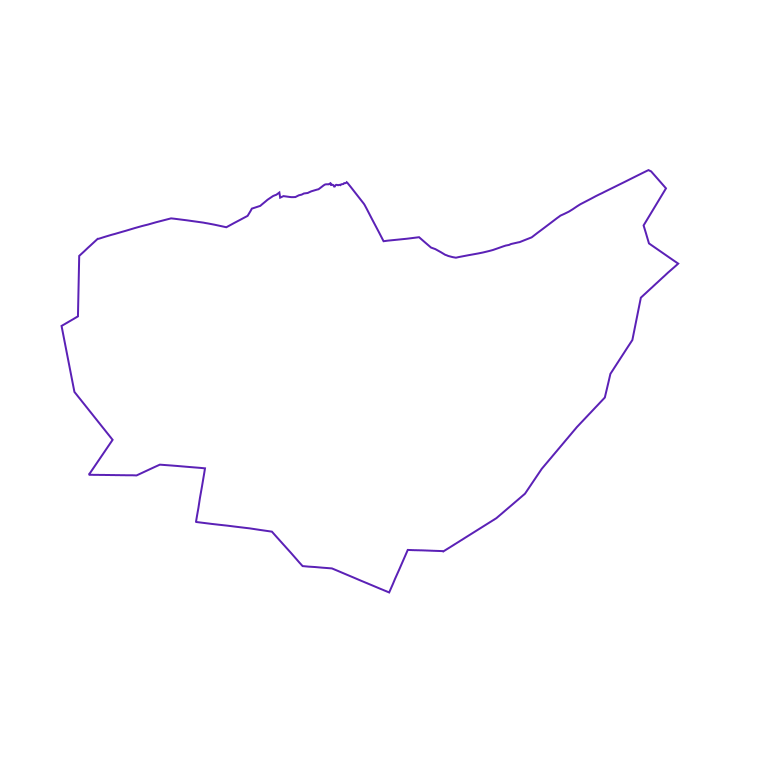 outline of Bayanzu'rx, Ulaanbaatar, Mongolia, rotated 81°
{"feature_id": "93677404B78572073396815", "entity_name": "Bayanzu'rx", "entity_type": "district", "adm_level": 2, "iso_a3": "MNG", "parent_name": "Mongolia", "parent_adm1": "Ulaanbaatar", "projection": "albers", "projection_center": [107.069, 47.965], "detail": "fine", "context": "isolated", "style": "outline", "palette": "violet", "viewbox_px": 768, "rotation_deg": 81, "n_neighbors": 0, "source": "geoboundaries", "source_scale": "gbopen_adm2", "svg_char_len": 3342}
<svg xmlns="http://www.w3.org/2000/svg" viewBox="0 0 768 768"><g transform="rotate(81 384 384)"><path d="M214.1,89.4L215.5,93.9L217.6,100.6L219.9,107.9L222.0,114.5L224.2,121.6L225.3,125.1L226.9,130.3L228.8,136.4L229.5,138.5L230.4,141.6L231.6,145.4L233.5,150.9L234.8,154.8L236.5,159.9L237.2,162.0L238.7,165.5L240.9,170.2L242.7,174.5L244.2,179.4L245.3,183.4L246.0,184.7L247.2,187.1L250.8,193.8L255.5,202.6L258.6,208.5L262.2,215.1L262.3,215.4L264.0,223.1L265.1,227.9L265.1,229.0L265.6,236.5L265.7,237.0L266.2,238.8L266.3,242.0L266.7,244.6L267.9,251.1L268.7,255.6L269.1,259.5L269.6,265.8L269.8,270.6L270.0,280.1L270.3,289.9L270.5,293.2L269.4,296.4L267.6,300.5L266.6,302.1L266.0,303.3L262.8,307.1L258.8,312.2L256.6,316.2L250.6,321.3L244.5,326.4L244.2,335.6L244.1,338.6L243.6,347.5L243.4,350.9L243.0,357.8L242.9,362.1L233.5,365.2L223.5,368.6L219.7,369.9L208.5,373.6L204.2,375.1L202.8,375.7L200.3,377.1L189.3,383.2L184.4,385.9L179.4,388.8L178.9,389.3L179.3,389.6L179.6,390.7L179.4,391.9L180.1,392.8L180.1,394.4L180.1,395.1L180.8,395.9L180.3,397.0L180.5,398.3L180.1,399.0L179.8,400.1L180.2,400.9L181.2,401.7L181.2,402.3L179.6,403.0L179.2,403.7L179.2,405.2L178.8,405.5L178.0,405.0L177.3,405.5L177.6,406.0L178.1,407.7L177.8,409.1L177.7,410.8L178.0,411.7L178.5,412.8L179.6,414.8L181.4,418.2L181.5,419.6L182.3,425.6L183.0,428.2L183.4,429.4L183.3,433.3L184.1,435.8L184.1,436.2L184.3,438.6L185.5,442.3L185.4,442.9L185.2,444.7L184.8,446.9L182.7,453.9L183.7,457.4L178.5,457.4L178.7,457.8L179.2,458.7L179.9,460.1L180.2,460.6L180.6,462.6L181.0,464.2L183.0,468.5L183.8,470.2L185.2,472.5L187.8,476.9L188.7,478.3L189.1,480.8L189.7,484.5L190.1,487.1L192.2,488.7L196.6,492.4L198.0,496.5L199.4,500.5L201.5,506.7L203.5,512.3L204.5,515.2L204.2,516.0L201.3,523.5L200.1,526.6L197.8,533.0L197.0,535.4L196.4,537.0L193.6,546.2L191.4,553.4L189.4,560.3L188.0,565.1L187.1,568.4L187.7,574.7L188.6,584.0L189.6,592.2L189.9,595.8L190.1,598.0L191.0,605.7L192.3,615.3L192.6,617.9L193.7,626.5L194.0,629.5L194.9,636.2L195.4,639.6L195.7,641.4L196.0,644.1L195.9,644.2L201.7,652.9L203.0,654.9L206.1,659.4L209.8,665.0L237.6,670.0L269.3,675.7L273.0,685.1L276.2,693.4L338.0,691.2L343.4,691.0L396.7,660.8L426.2,688.5L426.4,688.7L426.4,688.8L426.9,689.3L427.6,689.1L430.3,673.2L432.2,662.2L434.0,651.7L434.9,646.2L435.6,642.7L432.7,632.6L430.1,623.5L428.6,618.0L431.4,606.1L432.6,601.1L434.9,591.8L436.0,587.3L438.1,578.6L439.3,574.0L443.6,575.4L457.0,579.9L468.0,583.7L477.4,586.7L484.9,589.3L490.6,591.2L490.9,591.1L495.2,576.2L497.0,569.7L499.4,560.9L501.6,553.3L504.3,543.8L505.5,539.5L508.7,529.4L510.9,522.3L512.3,517.8L518.4,513.9L526.6,508.6L536.6,502.1L547.3,495.4L551.1,492.9L552.6,487.0L554.0,480.7L555.8,473.5L557.2,467.6L558.0,464.3L561.0,459.4L566.0,451.4L570.6,444.0L574.5,437.8L581.4,426.6L585.0,420.8L590.7,411.5L582.6,406.3L578.2,403.6L573.0,400.2L569.8,398.1L561.5,392.8L555.4,388.9L551.6,386.5L552.7,381.0L554.4,371.7L556.6,360.6L558.4,351.3L558.5,351.3L556.4,346.3L546.8,323.8L544.8,319.1L534.1,294.0L527.6,283.4L514.4,261.9L492.5,241.5L456.7,200.2L431.9,168.0L417.3,162.0L409.4,158.8L386.9,138.6L379.4,131.8L338.9,116.8L318.3,85.9L311.5,75.1L311.4,75.0L311.1,74.6L308.1,77.8L304.2,81.9L286.6,100.3L278.3,101.4L276.6,101.6L268.0,102.8L238.1,77.6L234.9,74.9L234.3,75.2L233.9,75.5L232.6,76.3L215.8,86.9L214.1,89.4Z" fill="none" stroke="#5b21b6" stroke-width="2"/></g></svg>